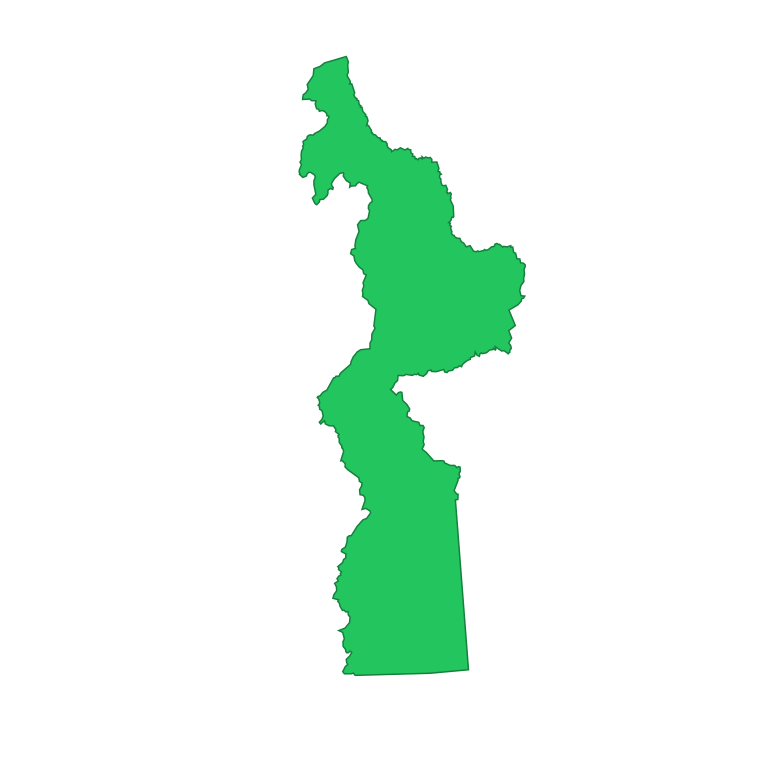 the district of Chitipa, Chitipa, Malawi, rotated 26°
{"feature_id": "42251766B85605316960959", "entity_name": "Chitipa", "entity_type": "district", "adm_level": 2, "iso_a3": "MWI", "parent_name": "Malawi", "parent_adm1": "Chitipa", "projection": "natural_earth1", "projection_center": [33.265, -9.968], "detail": "fine", "context": "isolated", "style": "filled", "palette": "green", "viewbox_px": 768, "rotation_deg": 26, "n_neighbors": 0, "source": "geoboundaries", "source_scale": "gbopen_adm2", "svg_char_len": 6170}
<svg xmlns="http://www.w3.org/2000/svg" viewBox="0 0 768 768"><g transform="rotate(26 384 384)"><path d="M458.6,215.0L456.4,214.3L453.6,215.2L451.3,212.1L448.6,213.2L445.0,208.8L442.8,208.8L439.7,204.5L438.2,205.6L437.3,204.1L434.5,206.8L431.1,207.9L430.7,208.9L426.5,207.8L425.5,208.5L423.8,208.2L422.5,209.6L422.7,212.1L420.5,213.6L418.8,217.5L417.1,219.1L415.3,219.1L415.1,220.3L411.5,223.3L410.0,223.2L408.8,224.8L406.2,225.3L400.7,221.9L397.8,224.7L393.8,222.4L391.1,222.2L388.3,219.8L386.3,220.8L383.3,220.8L381.9,219.7L380.4,220.1L378.6,219.0L378.3,217.4L375.5,214.7L375.4,212.8L373.3,212.4L373.2,210.4L371.4,210.7L372.4,207.7L371.9,204.3L373.3,203.8L373.3,203.0L368.3,193.8L362.9,189.4L362.7,187.3L361.4,186.0L361.3,183.8L359.7,182.8L357.9,185.0L357.1,184.0L356.1,184.2L355.8,181.3L352.4,178.3L350.6,179.7L349.0,179.9L346.8,177.7L345.2,174.8L343.3,174.0L342.5,171.7L343.5,170.3L341.6,169.8L341.1,168.8L339.5,169.4L338.8,166.1L334.2,161.3L329.8,163.7L328.5,161.1L326.2,160.1L324.7,161.4L321.9,161.7L321.0,163.7L318.5,163.0L319.4,164.9L317.8,164.8L316.5,165.8L316.1,167.7L314.2,167.2L313.4,167.9L311.8,166.0L309.9,167.0L309.1,164.7L307.0,164.4L305.3,161.8L302.9,162.5L302.1,161.8L300.2,164.5L295.2,164.5L293.2,167.8L291.1,168.2L289.1,171.8L287.6,170.2L284.3,169.9L282.2,168.3L281.7,166.9L279.3,165.5L275.9,166.7L275.7,165.9L273.6,165.9L272.8,164.6L270.4,165.2L267.1,163.9L265.1,164.4L263.2,163.2L262.6,163.6L261.4,161.5L257.0,158.7L255.5,158.4L255.0,159.1L254.2,154.3L251.5,151.4L249.9,151.4L249.7,150.0L245.5,148.3L242.9,144.9L241.4,145.5L241.2,144.0L239.4,143.9L236.9,140.5L234.8,140.5L234.5,139.3L232.3,139.1L230.1,137.4L230.0,135.1L223.5,128.4L221.5,129.3L221.7,128.1L220.6,126.4L215.6,123.0L215.2,119.3L211.7,113.5L210.7,110.0L206.5,106.2L189.8,121.5L187.3,126.6L182.8,131.4L185.2,137.9L183.7,148.5L186.7,152.3L186.0,156.7L184.6,159.5L186.1,164.0L192.4,160.4L194.6,161.1L198.8,159.3L199.4,162.4L202.7,166.1L204.9,165.8L206.3,167.2L208.7,165.2L211.7,165.2L213.9,166.1L215.2,168.0L216.7,167.3L217.6,168.3L217.2,171.3L218.6,174.2L218.0,178.5L215.0,185.1L211.8,189.3L211.3,191.4L208.6,192.3L207.0,194.0L206.6,195.6L207.2,197.5L204.9,201.5L206.9,204.2L206.6,206.0L208.0,207.1L207.8,210.4L208.7,213.6L211.5,218.8L211.3,221.5L213.7,223.1L214.1,228.8L215.1,231.1L216.2,231.6L216.1,232.6L220.5,233.9L223.0,231.2L222.8,228.8L223.7,226.6L225.4,226.0L230.0,226.6L231.6,228.2L231.9,232.0L233.7,235.7L239.6,243.4L238.1,248.3L242.9,252.1L245.0,252.3L246.1,248.7L245.5,246.4L248.6,244.4L250.3,239.6L250.1,237.4L248.7,234.4L250.1,231.8L252.6,231.6L252.3,229.7L250.0,228.6L248.9,226.5L249.4,221.2L252.0,214.1L254.6,212.0L255.5,212.4L256.2,214.9L260.9,217.7L265.5,218.2L266.9,222.1L267.7,220.5L271.5,218.3L272.1,215.1L273.2,213.6L282.4,213.1L282.5,215.1L284.8,216.6L286.3,219.2L292.2,223.2L293.4,225.2L292.2,227.4L291.9,230.4L293.0,233.1L295.1,234.7L297.0,241.9L295.6,245.1L291.4,247.3L290.4,252.5L294.7,257.8L295.5,267.1L297.4,272.8L298.9,274.6L296.0,277.3L296.8,281.5L300.8,282.1L303.7,286.0L306.3,287.8L310.6,289.8L315.1,290.7L317.3,293.7L320.3,293.9L320.8,302.1L323.0,305.0L323.4,309.3L325.4,311.8L326.3,314.7L332.9,315.9L335.3,318.4L344.0,320.4L349.5,336.4L351.5,337.7L351.2,344.3L353.6,349.8L353.5,353.3L355.9,358.5L348.0,363.4L345.9,366.9L344.5,373.0L344.6,378.4L345.4,380.9L340.0,393.6L340.2,396.6L337.4,398.1L337.4,399.3L336.0,400.7L335.3,414.5L332.7,418.3L331.7,422.7L330.0,424.3L329.9,425.4L331.7,425.9L333.9,428.2L334.6,429.7L334.2,432.0L335.6,432.3L337.3,434.9L339.9,435.1L343.4,439.5L343.7,443.4L342.6,446.7L344.6,447.7L346.6,443.2L348.9,445.6L353.0,445.6L356.9,443.8L360.8,446.1L361.2,448.1L365.6,449.0L365.3,450.6L366.5,452.2L367.5,452.4L369.4,456.1L373.4,458.4L374.0,459.9L375.3,460.2L377.3,462.3L378.8,472.0L379.9,471.2L384.1,472.6L385.3,475.6L389.4,477.0L402.4,479.3L404.6,482.3L407.7,482.6L408.6,485.9L408.4,489.8L411.0,494.0L414.1,493.1L416.5,494.4L418.0,496.9L419.2,506.4L422.1,503.8L427.0,504.2L428.5,505.7L427.3,512.4L424.6,515.4L422.3,523.6L421.1,534.6L419.3,535.6L418.2,537.8L420.1,542.5L420.8,547.5L418.7,551.0L418.7,552.2L419.2,553.3L424.4,553.5L425.8,557.3L424.6,559.5L425.1,562.5L422.5,568.4L423.8,568.9L424.5,570.7L428.1,571.5L427.9,573.6L429.0,574.7L427.5,576.6L427.1,579.6L429.3,581.1L427.0,584.8L430.2,587.2L432.1,590.7L431.3,595.2L432.0,599.0L437.8,597.9L437.8,599.7L439.7,600.4L442.1,603.2L445.9,605.7L447.4,604.8L449.5,605.6L451.5,604.4L453.2,607.3L455.7,608.4L457.6,613.6L456.0,620.5L451.4,625.4L455.8,625.4L460.1,630.5L460.1,633.6L462.4,637.9L465.5,639.2L467.2,641.4L468.3,641.9L469.6,641.3L470.6,639.0L472.7,639.5L472.4,643.7L470.8,648.0L472.5,650.7L474.4,652.0L473.1,654.8L473.0,660.6L475.4,661.8L481.7,658.8L483.1,657.3L485.8,658.5L552.0,623.9L585.2,603.8L499.0,456.9L501.0,455.4L498.9,450.6L497.5,451.0L493.8,449.2L492.8,438.2L492.0,436.5L493.0,435.4L492.9,433.8L491.3,432.8L490.5,430.5L491.0,429.5L488.9,425.4L487.2,425.6L486.2,427.2L483.3,426.2L479.0,428.2L473.0,428.3L471.7,427.0L469.9,427.4L462.5,431.3L451.8,426.9L447.3,426.0L446.8,425.4L446.7,420.9L444.5,418.6L443.3,414.3L439.8,409.9L439.2,405.5L437.2,404.2L434.4,405.5L432.1,403.2L426.1,404.6L424.6,404.5L422.7,403.1L418.8,403.1L417.4,398.6L418.6,397.1L417.9,395.1L413.4,392.3L408.1,390.6L403.8,383.8L402.6,383.8L400.8,385.3L399.9,388.5L392.2,386.0L393.4,383.5L393.4,378.2L394.7,375.0L392.9,370.2L397.9,368.0L399.7,365.7L405.6,363.9L407.1,362.0L409.3,361.2L410.2,359.3L411.6,360.6L416.0,359.8L417.7,355.9L417.7,352.9L420.1,350.8L421.2,351.9L425.6,350.0L431.3,344.8L433.4,346.6L435.6,346.1L436.3,343.9L439.6,341.6L440.2,338.6L442.8,337.0L443.7,334.6L446.1,334.5L446.0,332.0L446.9,329.6L448.8,326.0L450.8,324.0L450.1,322.4L453.1,319.1L452.0,315.3L454.9,317.3L457.6,317.3L457.0,314.8L457.8,313.4L458.9,313.7L462.4,311.0L464.1,307.1L466.8,305.3L466.6,304.1L469.1,304.7L469.3,303.9L467.6,301.7L475.2,302.8L477.4,301.4L483.1,302.5L482.1,301.9L483.2,300.2L482.3,298.9L482.8,296.2L481.2,294.1L478.1,292.4L478.6,286.8L472.7,281.4L476.4,273.9L463.9,262.8L469.7,254.0L471.0,249.4L470.4,246.7L471.8,245.6L472.0,243.3L468.4,244.6L465.0,240.5L463.9,235.2L464.8,230.6L463.3,228.1L462.2,223.7L459.7,219.8L459.4,216.3L458.6,215.0Z" fill="#22c55e" stroke="#15803d" stroke-width="1.5"/></g></svg>